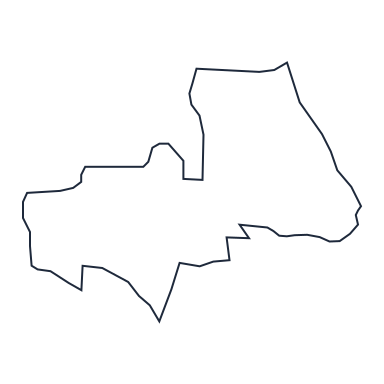 Kitgum, orthographic projection
{"feature_id": "UGA-3096", "entity_name": "Kitgum", "entity_type": "District", "adm_level": 1, "iso_a3": "UGA", "parent_name": "Uganda", "parent_adm1": "", "projection": "orthographic", "projection_center": [33.268, 3.395], "detail": "fine", "context": "isolated", "style": "outline", "palette": "slate", "viewbox_px": 384, "rotation_deg": 0, "n_neighbors": 0, "source": "natural_earth", "source_scale": "10m", "svg_char_len": 918}
<svg xmlns="http://www.w3.org/2000/svg" viewBox="0 0 384 384"><path d="M259.4,71.9L274.3,70.0L287.0,62.6L287.5,64.1L299.7,102.4L322.0,134.1L330.8,151.5L337.3,170.3L351.3,186.8L361.0,206.2L358.0,210.5L355.8,215.0L358.0,224.6L350.0,233.8L339.7,241.1L329.5,241.5L319.7,237.1L307.2,234.8L294.7,235.2L286.8,236.3L279.2,235.7L273.5,231.1L267.4,227.5L239.6,224.7L249.0,238.2L226.6,237.4L229.5,260.2L213.3,261.6L199.7,266.3L179.6,262.9L171.4,289.3L159.3,321.4L149.8,305.3L139.0,296.0L128.2,282.0L102.3,268.0L82.6,265.8L81.4,290.2L68.9,283.1L50.5,271.2L37.6,269.4L31.6,265.7L30.0,246.1L30.0,232.0L23.0,218.0L23.0,201.9L27.1,192.9L60.1,190.9L73.2,187.9L81.2,181.9L81.2,174.8L85.2,166.8L143.3,166.8L148.3,161.8L152.4,147.7L159.4,143.7L168.4,143.7L183.4,160.8L183.4,178.9L202.5,179.9L203.5,134.7L199.5,115.6L191.4,104.6L189.4,93.5L192.4,83.5L196.5,68.7L204.3,69.1L259.4,71.9Z" fill="none" stroke="#1e293b" stroke-width="2"/></svg>